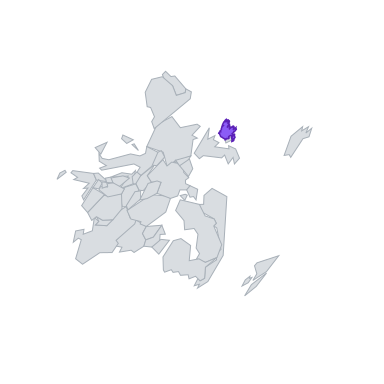 Ireland on a map of Europe (Natural Earth projection), rotated 132°
{"feature_id": "IRL", "entity_name": "Ireland", "entity_type": "country or territory", "adm_level": 0, "iso_a3": "IRL", "parent_name": "Europe", "parent_adm1": "", "projection": "natural_earth1", "projection_center": [-8.443, 53.42], "detail": "fine", "context": "in_parent", "style": "filled", "palette": "violet", "viewbox_px": 384, "rotation_deg": 132, "n_neighbors": 37, "source": "natural_earth", "source_scale": "50m", "svg_char_len": 10907}
<svg xmlns="http://www.w3.org/2000/svg" viewBox="0 0 384 384"><g transform="rotate(132 192 192)"><path d="M181.3,84.9L201.4,83.4L217.0,87.6L209.4,89.1L205.0,96.2L201.1,96.3L181.3,84.9ZM260.2,127.6L252.0,129.8L252.6,126.6L247.7,124.9L238.9,131.7L225.9,128.4L222.0,132.8L215.2,132.1L202.1,149.6L202.7,153.1L199.0,153.0L197.2,157.5L200.4,172.0L196.3,178.2L193.4,175.1L186.5,180.8L175.9,179.5L172.1,163.0L218.3,126.4L248.0,120.3L259.7,123.6L255.6,124.8L260.2,127.6ZM234.0,83.4L221.1,85.9L202.3,82.4L219.2,81.1L234.0,83.4ZM228.4,91.9L221.7,93.6L215.8,92.6L217.7,91.6L215.4,90.3L221.8,89.5L228.4,91.9Z" fill="#d9dde1" stroke="#a8b0b8" stroke-width="1"/><path d="M166.0,217.0L189.4,228.0L181.7,240.0L188.5,256.0L165.3,263.1L149.4,257.4L152.0,243.7L138.2,233.6L137.7,229.8L149.8,230.0L148.4,224.1L152.3,226.3L166.0,217.0ZM194.9,267.2L197.0,259.6L196.9,268.3L194.9,267.2Z" fill="#d9dde1" stroke="#a8b0b8" stroke-width="1"/><path d="M196.3,178.2L201.0,166.3L197.2,157.5L199.0,153.0L202.7,153.1L211.3,134.6L224.0,129.6L235.4,135.0L238.6,143.9L232.7,145.2L230.9,151.4L219.4,159.3L217.7,166.0L225.0,172.2L218.6,178.8L216.7,191.8L205.7,195.5L196.3,178.2Z" fill="#d9dde1" stroke="#a8b0b8" stroke-width="1"/><path d="M264.5,191.5L275.7,194.6L276.0,198.3L285.2,205.7L279.9,207.1L282.9,212.1L278.7,216.1L250.2,214.8L248.2,202.9L256.0,201.0L258.5,194.3L264.5,191.5Z" fill="#d9dde1" stroke="#a8b0b8" stroke-width="1"/><path d="M302.4,245.6L308.8,246.6L298.8,252.4L292.0,247.3L296.2,244.6L287.5,240.1L276.3,247.5L276.2,241.5L281.0,241.6L274.0,232.7L258.7,234.7L246.8,231.1L252.7,220.7L250.2,214.8L254.1,213.2L278.7,216.1L279.5,212.4L290.5,210.9L298.8,219.9L318.9,225.0L319.5,233.8L301.5,242.4L302.4,245.6Z" fill="#d9dde1" stroke="#a8b0b8" stroke-width="1"/><path d="M248.2,202.9L250.4,209.1L248.2,210.1L253.0,219.3L249.2,228.0L221.4,220.7L211.5,207.6L211.2,203.7L224.4,198.1L248.2,202.9Z" fill="#d9dde1" stroke="#a8b0b8" stroke-width="1"/><path d="M226.1,232.7L222.9,240.2L217.3,241.5L195.8,238.0L209.8,236.1L211.8,228.8L223.7,229.2L226.1,232.7Z" fill="#d9dde1" stroke="#a8b0b8" stroke-width="1"/><path d="M246.8,231.1L249.7,233.9L243.8,242.1L233.5,245.1L223.6,239.3L226.1,232.7L246.8,231.1Z" fill="#d9dde1" stroke="#a8b0b8" stroke-width="1"/><path d="M265.5,232.2L274.0,232.7L281.0,241.6L276.2,241.5L274.3,246.5L272.8,239.5L265.5,232.2Z" fill="#d9dde1" stroke="#a8b0b8" stroke-width="1"/><path d="M274.3,246.5L280.2,247.5L277.1,255.9L253.5,255.3L240.6,243.1L251.3,232.8L265.5,232.2L272.8,239.5L274.3,246.5Z" fill="#d9dde1" stroke="#a8b0b8" stroke-width="1"/><path d="M258.5,194.3L256.0,201.0L248.2,202.9L236.9,192.2L251.4,190.5L258.5,194.3Z" fill="#d9dde1" stroke="#a8b0b8" stroke-width="1"/><path d="M259.8,185.0L264.5,191.5L258.5,194.3L251.4,190.5L236.9,192.2L241.2,183.6L244.9,187.3L251.1,182.5L259.8,185.0Z" fill="#d9dde1" stroke="#a8b0b8" stroke-width="1"/><path d="M260.4,175.1L259.8,185.0L248.0,183.4L243.0,176.5L260.4,175.1Z" fill="#d9dde1" stroke="#a8b0b8" stroke-width="1"/><path d="M211.2,203.7L216.4,217.2L205.6,221.5L211.8,228.8L209.8,236.1L187.3,235.3L189.4,228.0L183.4,227.1L180.6,222.3L179.8,213.4L183.0,211.4L183.5,204.0L187.6,204.8L190.1,202.3L188.6,197.6L194.0,197.4L198.5,202.4L204.5,200.0L211.2,203.7Z" fill="#d9dde1" stroke="#a8b0b8" stroke-width="1"/><path d="M252.0,253.1L253.5,255.3L277.1,255.9L276.0,264.9L255.1,268.5L252.0,253.1Z" fill="#d9dde1" stroke="#a8b0b8" stroke-width="1"/><path d="M272.9,300.8L266.3,302.9L260.9,300.9L261.5,298.7L272.9,300.8ZM247.1,271.1L270.4,267.3L268.6,271.2L258.7,272.0L262.0,275.0L254.3,274.3L261.9,288.2L257.7,286.8L258.7,294.8L255.9,294.9L244.1,277.6L247.1,271.1Z" fill="#d9dde1" stroke="#a8b0b8" stroke-width="1"/><path d="M247.1,271.1L244.1,277.6L240.6,274.3L240.7,261.3L247.1,271.1Z" fill="#d9dde1" stroke="#a8b0b8" stroke-width="1"/><path d="M225.3,241.2L237.7,247.8L222.8,250.0L235.4,262.4L224.6,257.0L219.1,248.7L213.9,248.4L225.3,241.2Z" fill="#d9dde1" stroke="#a8b0b8" stroke-width="1"/><path d="M196.1,235.8L199.7,241.3L187.2,245.0L181.8,242.4L184.3,235.7L196.1,235.8Z" fill="#d9dde1" stroke="#a8b0b8" stroke-width="1"/><path d="M179.6,222.5L181.4,225.7L179.3,225.4L179.6,222.5Z" fill="#d9dde1" stroke="#a8b0b8" stroke-width="1"/><path d="M180.8,218.8L179.3,225.4L166.0,217.0L175.8,215.3L180.8,218.8Z" fill="#d9dde1" stroke="#a8b0b8" stroke-width="1"/><path d="M182.8,205.0L180.8,218.8L169.2,216.0L174.2,207.0L182.8,205.0Z" fill="#d9dde1" stroke="#a8b0b8" stroke-width="1"/><path d="M119.5,265.6L122.7,263.5L130.7,268.3L126.0,277.6L128.0,285.9L124.5,292.6L120.0,292.4L120.3,284.9L117.3,282.4L119.5,265.6Z" fill="#d9dde1" stroke="#a8b0b8" stroke-width="1"/><path d="M126.2,291.2L126.0,277.6L130.7,268.3L122.7,263.5L119.5,265.6L118.0,259.5L123.9,255.7L170.2,262.5L166.6,269.1L161.2,270.2L156.9,279.3L158.6,282.4L149.2,293.5L135.3,297.4L126.2,291.2Z" fill="#d9dde1" stroke="#a8b0b8" stroke-width="1"/><path d="M199.8,239.1L213.9,241.1L214.9,246.0L208.3,247.1L210.0,253.9L236.2,273.7L236.1,276.6L229.7,273.3L231.2,281.5L225.8,286.8L227.1,281.2L223.7,275.4L204.8,263.1L200.0,254.8L194.4,252.4L188.5,256.0L185.3,243.9L199.8,239.1ZM211.9,288.4L224.9,285.1L223.8,293.7L211.9,288.4ZM192.5,270.6L199.6,273.0L199.5,280.0L195.9,281.5L192.5,270.6Z" fill="#d9dde1" stroke="#a8b0b8" stroke-width="1"/><path d="M194.0,197.4L188.6,197.6L186.2,189.6L195.2,183.7L194.4,187.9L197.2,190.0L194.0,197.4ZM203.0,191.8L202.6,198.4L198.2,195.5L197.5,193.4L203.0,191.8Z" fill="#d9dde1" stroke="#a8b0b8" stroke-width="1"/><path d="M130.8,203.1L125.4,202.1L125.4,196.7L132.9,199.6L130.8,203.1ZM143.2,205.4L135.2,193.4L133.1,195.8L130.8,188.4L135.1,179.3L142.8,179.2L138.8,184.6L146.9,183.9L142.7,192.5L146.8,192.8L157.4,207.9L162.3,208.8L161.7,216.3L132.7,222.1L142.2,215.6L134.7,212.7L138.8,211.1L137.3,205.0L143.2,205.4Z" fill="#d9dde1" stroke="#a8b0b8" stroke-width="1"/><path d="M100.2,141.8L99.2,144.8L103.2,148.0L84.3,155.7L69.4,153.5L73.2,151.4L65.5,149.1L72.0,146.8L64.5,145.7L72.7,142.0L78.1,145.2L100.2,141.8Z" fill="#d9dde1" stroke="#a8b0b8" stroke-width="1"/><path d="M213.9,241.1L223.6,239.3L225.3,241.2L220.7,246.7L214.0,246.4L213.9,241.1Z" fill="#d9dde1" stroke="#a8b0b8" stroke-width="1"/><path d="M252.6,126.6L252.3,133.0L258.5,136.1L256.1,139.5L261.6,144.8L260.2,148.8L264.4,152.3L263.6,155.4L269.9,158.7L269.1,161.1L259.7,170.1L240.7,173.3L234.0,169.0L232.7,157.2L244.9,148.1L237.0,142.1L235.4,135.0L224.0,129.6L238.9,131.7L247.7,124.9L252.6,126.6Z" fill="#d9dde1" stroke="#a8b0b8" stroke-width="1"/><path d="M248.2,227.7L246.0,231.7L229.9,234.6L225.5,230.9L231.7,225.5L248.2,227.7Z" fill="#d9dde1" stroke="#a8b0b8" stroke-width="1"/><path d="M216.4,217.2L227.0,221.0L232.9,225.5L215.0,230.4L207.1,225.3L205.6,221.5L216.4,217.2Z" fill="#d9dde1" stroke="#a8b0b8" stroke-width="1"/><path d="M235.7,261.5L226.2,254.1L223.5,247.8L237.9,249.8L239.0,256.6L235.7,261.5Z" fill="#d9dde1" stroke="#a8b0b8" stroke-width="1"/><path d="M252.0,263.3L255.1,268.5L245.2,269.8L245.4,264.7L252.0,263.3Z" fill="#d9dde1" stroke="#a8b0b8" stroke-width="1"/><path d="M235.0,244.3L240.6,243.1L252.0,251.3L252.6,262.5L248.7,263.7L244.9,258.2L242.8,260.7L238.0,256.9L235.0,244.3Z" fill="#d9dde1" stroke="#a8b0b8" stroke-width="1"/><path d="M242.1,261.8L239.6,265.6L235.4,262.4L238.0,256.9L242.1,261.8Z" fill="#d9dde1" stroke="#a8b0b8" stroke-width="1"/><path d="M244.7,265.7L242.1,261.8L244.1,258.5L249.3,261.3L244.7,265.7Z" fill="#d9dde1" stroke="#a8b0b8" stroke-width="1"/><path d="M126.8,196.9L126.1,197.2L126.0,197.3L125.9,197.8L125.9,198.0L125.7,198.2L125.5,198.5L125.2,198.6L124.9,198.7L124.7,198.8L124.2,198.8L124.1,199.0L124.4,199.2L124.7,199.3L124.5,199.5L123.5,199.8L123.2,200.0L123.2,200.3L124.0,200.9L124.2,201.0L124.3,201.3L125.0,201.5L125.3,201.7L125.5,201.7L126.0,201.7L126.3,201.8L126.4,201.7L126.9,201.3L127.0,201.2L126.9,201.0L126.8,200.9L127.1,200.6L127.4,200.4L127.6,200.4L127.9,200.5L128.1,200.8L128.2,201.1L128.4,201.3L128.6,201.4L129.0,201.5L129.0,202.0L129.4,202.1L129.9,202.1L130.0,202.1L130.4,201.9L130.7,202.0L130.9,202.1L131.0,202.3L130.7,202.4L130.4,202.4L130.2,202.5L130.3,203.0L130.6,203.2L130.7,203.7L130.9,204.2L131.1,204.6L131.1,205.0L131.1,205.5L131.1,206.0L131.4,206.7L131.5,207.0L131.6,207.9L131.4,208.2L131.2,208.5L131.0,208.8L130.9,209.2L130.8,209.8L130.3,210.6L130.1,210.7L129.9,210.8L130.4,211.4L130.0,211.6L129.5,211.7L128.9,211.5L128.6,211.5L128.3,211.7L128.2,211.8L127.9,211.3L127.7,211.8L127.4,211.9L126.9,211.9L126.0,212.0L125.6,212.1L125.5,212.3L125.4,212.5L125.2,212.7L124.4,212.9L124.2,212.9L123.9,213.3L123.5,213.5L123.2,213.6L122.8,213.4L122.7,213.2L122.1,213.2L122.2,213.3L122.3,213.4L122.4,213.7L122.3,214.0L122.1,214.1L121.8,214.1L121.4,214.4L120.8,214.5L120.5,214.7L118.5,215.2L118.4,215.2L118.2,215.1L117.9,215.0L117.6,215.1L116.8,215.3L116.4,215.3L116.9,214.7L117.5,214.3L117.4,214.2L116.1,214.4L115.7,214.6L115.2,214.7L115.4,214.4L116.0,214.0L116.3,213.8L116.5,213.7L117.3,213.3L115.4,213.8L114.9,213.7L114.4,213.6L114.2,213.3L114.8,212.7L115.1,212.5L115.6,212.4L115.9,212.2L116.1,212.0L115.9,211.9L114.7,212.0L114.2,211.9L114.3,211.6L114.9,211.2L115.2,211.2L115.5,211.2L115.8,211.3L116.0,211.4L116.6,211.3L116.4,211.1L116.3,210.7L116.1,210.6L116.4,210.4L116.7,210.2L117.2,209.8L117.4,209.8L118.4,209.7L119.5,209.4L120.6,209.1L120.0,209.0L119.8,208.8L119.3,209.2L119.0,209.4L118.2,209.5L117.9,209.4L117.5,209.3L117.4,209.3L116.7,209.6L116.1,209.7L116.8,209.3L117.7,208.6L117.9,208.4L118.2,208.0L118.1,207.9L117.9,207.8L118.6,207.0L118.8,206.9L119.2,206.8L119.5,206.7L119.8,206.7L120.0,206.4L119.6,206.3L119.2,206.2L117.9,206.3L117.7,206.3L117.5,206.2L117.4,206.1L117.4,205.9L117.0,205.8L116.7,205.9L116.3,205.8L116.6,205.5L116.2,205.4L115.8,205.5L115.4,205.4L115.4,205.2L115.6,205.1L115.4,204.9L115.3,204.7L115.5,204.6L115.8,204.6L116.3,204.5L116.9,204.4L116.4,204.3L116.1,204.2L116.2,203.8L116.8,203.5L117.5,203.4L117.4,203.2L117.5,203.0L116.8,203.0L116.1,203.1L116.2,202.7L116.4,202.4L116.4,202.2L116.4,201.9L116.1,202.0L116.0,201.7L115.9,201.5L115.4,201.6L115.5,201.3L115.6,201.1L115.8,201.0L116.1,201.1L116.5,201.1L116.9,200.9L117.5,200.9L118.5,200.9L119.2,201.4L119.4,201.3L119.6,201.0L119.8,201.0L120.8,201.1L121.4,201.2L121.6,201.2L121.5,200.9L121.2,200.7L121.5,200.4L121.8,200.2L122.1,200.1L122.6,200.0L122.8,199.9L122.9,199.5L123.2,199.2L121.9,199.3L120.7,199.0L120.9,198.7L121.1,198.6L121.6,198.5L121.6,198.3L121.8,198.2L122.2,197.9L122.1,197.5L122.2,197.3L122.4,197.1L122.5,196.8L122.6,196.6L123.2,196.6L123.7,196.4L123.9,196.4L124.5,196.4L124.6,196.1L125.0,196.1L125.2,196.4L125.4,196.5L125.3,196.9L125.1,197.1L125.3,197.2L125.0,197.5L125.3,197.4L125.7,197.1L125.7,196.9L125.6,196.6L125.5,196.4L125.6,196.1L125.8,195.9L126.4,195.9L126.2,195.5L126.4,195.5L126.6,195.6L127.0,195.8L127.4,196.0L127.8,196.2L127.4,196.5L126.9,196.7L126.8,196.9ZM116.0,202.9L116.0,203.0L115.7,202.8L115.6,202.6L114.8,202.5L115.1,202.3L115.3,202.4L115.8,202.4L116.0,202.5L116.0,202.9Z" fill="#8b5cf6" stroke="#5b21b6" stroke-width="1.5"/></g></svg>